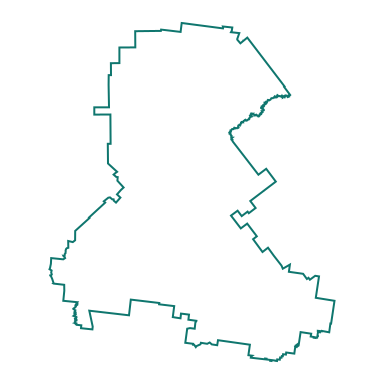 Central Darling, New South Wales, Australia (Albers equal-area conic projection)
{"feature_id": "25037944B50105666035452", "entity_name": "Central Darling", "entity_type": "district", "adm_level": 2, "iso_a3": "AUS", "parent_name": "Australia", "parent_adm1": "New South Wales", "projection": "albers", "projection_center": [143.358, -31.772], "detail": "fine", "context": "isolated", "style": "outline", "palette": "teal", "viewbox_px": 384, "rotation_deg": 0, "n_neighbors": 0, "source": "geoboundaries", "source_scale": "gbopen_adm2", "svg_char_len": 5879}
<svg xmlns="http://www.w3.org/2000/svg" viewBox="0 0 384 384"><path d="M250.8,357.7L264.8,359.3L265.0,358.5L266.6,358.7L266.6,359.5L270.1,359.9L270.1,360.8L271.6,361.0L271.9,360.1L275.5,360.6L275.5,360.8L277.0,361.0L277.2,359.4L279.8,359.7L280.1,357.5L281.5,357.7L281.8,356.1L282.8,356.2L283.1,354.2L285.9,354.6L286.2,352.5L294.3,353.6L295.2,347.2L295.3,347.2L295.2,346.9L295.9,346.9L295.7,345.9L296.1,345.9L296.2,345.2L296.6,344.9L296.5,345.3L296.9,345.4L296.9,345.8L297.1,346.1L297.2,345.8L297.7,345.9L297.7,345.6L298.0,345.5L298.3,345.5L298.5,346.2L300.6,332.1L311.2,333.7L310.7,336.5L313.8,337.0L313.7,337.7L315.7,338.0L315.8,337.4L317.2,337.6L317.4,336.4L317.9,336.2L317.9,335.7L317.5,335.4L318.1,331.3L317.8,331.2L317.8,330.8L318.6,330.9L318.5,332.1L320.0,332.3L320.2,331.1L321.7,331.4L321.8,330.9L329.2,332.3L330.4,323.5L331.1,323.6L334.5,300.8L315.8,297.8L319.0,276.4L315.2,275.8L309.9,279.7L308.5,277.8L306.9,279.0L303.1,273.8L288.9,271.8L289.9,264.6L282.8,268.7L281.5,265.6L273.8,255.7L268.0,247.7L262.5,252.0L253.1,239.2L256.8,236.3L247.2,223.6L240.8,228.4L231.0,215.6L237.6,210.7L241.7,216.1L247.6,211.6L248.8,213.2L255.6,208.0L250.3,201.0L275.8,181.6L266.2,168.8L258.4,174.7L232.6,141.3L232.3,140.4L231.3,139.5L231.3,139.1L231.9,139.1L231.5,138.6L232.0,137.8L232.4,137.5L231.6,137.4L231.2,137.2L231.2,136.6L231.5,136.1L231.6,135.8L231.2,135.3L230.8,135.1L230.7,134.4L230.4,134.4L230.1,133.8L229.5,133.7L229.5,133.4L230.3,133.0L230.4,132.8L229.5,132.3L230.1,131.6L231.0,131.2L231.1,130.8L230.7,130.3L231.4,130.0L232.0,129.1L232.3,129.0L233.0,129.2L233.6,129.1L233.9,128.3L234.3,127.7L234.6,127.8L235.3,128.4L235.9,128.0L237.0,128.3L237.6,127.8L238.4,127.8L238.6,127.4L238.1,126.6L238.3,125.5L239.1,125.0L239.8,125.3L239.8,124.6L240.5,124.6L240.6,124.1L241.0,123.5L241.0,122.7L242.3,122.5L241.8,122.1L241.8,121.9L243.3,121.7L243.8,120.8L244.6,120.6L244.9,120.0L245.5,119.7L245.6,119.8L245.6,120.5L246.2,120.7L247.2,120.4L247.8,119.7L249.0,119.4L249.3,119.0L249.1,118.5L249.4,118.2L249.5,117.8L250.0,117.5L250.1,117.1L251.2,116.7L250.5,116.4L250.0,115.7L250.4,115.4L251.1,115.7L251.4,115.6L250.7,114.3L251.2,113.5L251.6,113.8L252.3,113.6L252.9,114.2L253.4,113.9L253.4,114.3L254.0,114.7L254.4,115.5L255.0,115.4L254.7,115.1L254.7,114.9L255.1,115.0L256.2,114.7L256.5,115.4L257.1,115.3L257.9,115.5L257.9,116.1L258.1,116.4L258.5,116.5L258.9,116.4L259.5,115.7L259.7,114.5L260.6,114.5L261.1,114.2L261.0,113.9L260.2,113.8L260.3,113.4L260.9,112.9L261.7,112.9L262.4,112.3L262.0,111.9L261.8,111.2L262.4,111.3L263.2,110.6L263.8,110.3L263.8,110.0L263.4,109.7L263.5,109.4L263.0,109.0L262.2,108.8L262.2,108.4L261.8,108.2L261.6,108.4L261.1,108.1L261.1,107.8L261.5,107.8L261.6,107.1L262.2,107.6L262.8,107.7L262.8,107.1L263.2,106.8L262.9,106.3L263.9,106.3L264.2,105.8L264.1,105.6L263.1,105.5L263.0,105.4L263.1,105.1L263.8,105.1L264.3,104.3L265.0,104.2L264.5,103.4L264.5,102.6L265.3,102.6L265.7,103.4L266.4,103.3L266.5,103.1L265.6,102.6L265.6,102.1L265.8,101.9L266.3,102.4L266.9,102.4L267.3,101.6L267.5,100.5L267.9,99.9L268.6,100.0L269.1,100.4L269.3,100.3L270.5,99.6L271.4,98.2L272.9,98.2L273.6,97.5L274.0,97.4L274.8,96.3L275.1,96.5L274.8,97.0L275.0,97.4L276.1,96.6L276.4,96.8L276.3,97.4L276.7,97.4L277.5,96.7L277.0,95.9L277.4,95.1L277.7,95.3L278.1,96.1L279.4,96.0L280.2,96.4L280.9,96.1L281.4,96.7L281.6,96.7L282.0,95.9L282.4,96.6L282.2,97.3L282.6,97.6L283.2,96.1L283.5,96.1L283.3,96.4L283.2,96.9L283.8,96.4L284.7,97.2L285.1,96.3L284.6,96.2L284.8,95.7L285.4,95.4L286.6,95.6L287.7,97.1L288.7,96.7L288.3,96.2L288.6,95.4L290.2,95.4L290.7,95.7L284.1,86.9L284.6,86.5L247.3,37.6L243.7,40.6L243.3,40.6L243.2,41.0L240.4,43.3L237.3,39.7L237.2,39.1L239.3,33.1L231.0,32.2L231.8,30.7L232.3,27.5L222.9,26.5L223.2,27.4L223.0,28.4L181.7,23.0L180.6,31.9L161.1,29.6L160.9,30.9L135.2,31.2L135.3,47.4L119.4,47.5L119.4,63.1L110.9,63.2L111.0,75.1L108.7,75.1L108.6,84.9L109.0,107.3L94.3,107.3L94.3,114.6L110.4,114.5L110.6,143.8L107.8,143.8L108.0,163.5L117.1,171.8L115.2,173.2L113.6,174.6L116.2,176.9L117.7,177.1L117.4,180.7L123.6,187.5L121.0,189.9L117.0,194.4L120.4,197.6L116.0,202.6L113.8,200.7L113.6,199.3L112.2,199.3L110.0,197.4L108.3,197.7L103.8,201.3L105.2,202.6L89.0,217.5L89.5,218.0L75.2,230.9L75.1,240.3L72.8,242.1L68.2,241.0L68.3,247.8L66.8,248.2L66.2,248.8L65.6,250.4L65.7,251.4L65.5,252.3L65.6,253.0L64.6,254.3L64.7,255.1L64.5,256.3L63.5,256.0L63.7,256.4L64.4,256.5L65.1,258.1L63.3,259.3L63.0,259.3L51.2,258.1L50.9,263.8L50.0,268.1L49.5,269.2L51.6,270.5L51.2,272.6L51.8,274.4L51.2,275.3L50.2,275.4L50.2,275.5L51.0,276.2L52.2,278.9L53.6,283.2L53.3,283.4L53.7,283.6L64.2,284.8L64.3,290.8L63.3,300.8L77.4,302.2L77.1,302.6L77.2,303.1L77.0,303.5L77.4,303.4L77.5,303.8L77.2,304.0L77.2,304.8L76.7,304.9L76.3,304.0L76.2,304.0L75.7,304.8L76.2,305.0L76.3,305.5L75.7,305.9L75.8,306.3L75.4,306.4L75.4,307.2L73.3,308.7L73.4,309.1L73.9,309.4L74.3,309.3L74.9,310.1L75.0,310.6L75.3,310.6L75.2,311.0L74.7,311.6L75.1,312.0L74.7,312.5L75.3,312.6L75.0,313.0L75.6,313.4L75.8,314.2L75.3,314.5L74.5,314.2L74.5,314.9L74.3,315.4L73.6,315.9L74.4,316.2L74.9,316.3L75.1,316.1L75.5,316.6L76.1,316.7L75.9,317.3L76.4,317.5L76.2,318.1L75.8,317.9L75.5,318.0L75.4,318.7L75.7,319.1L75.0,319.0L75.2,319.9L75.4,319.9L75.4,319.5L75.9,319.3L76.5,319.7L76.4,320.3L75.8,320.1L75.4,320.4L75.4,320.9L75.0,321.2L75.3,321.6L75.1,322.2L75.5,322.7L74.8,323.0L76.1,323.4L75.6,323.9L76.5,324.8L81.3,325.3L81.0,328.2L92.4,329.4L92.7,326.6L89.3,310.7L129.0,315.3L130.8,299.6L159.3,303.0L159.1,304.3L174.2,306.1L172.8,317.1L174.2,317.3L174.5,317.4L180.5,318.3L181.0,313.6L189.0,314.6L188.4,319.7L196.4,320.8L196.3,321.3L195.4,322.4L194.7,328.7L190.0,328.1L187.2,328.7L185.3,342.8L193.1,343.8L193.0,344.7L194.2,344.8L195.8,347.1L196.5,346.1L200.3,344.4L200.7,343.8L200.9,342.8L207.2,343.8L209.7,342.5L211.8,344.4L217.2,345.2L218.0,340.2L249.9,344.7L248.4,355.2L252.2,355.7L251.0,356.6L250.8,357.7Z" fill="none" stroke="#0f766e" stroke-width="2"/></svg>